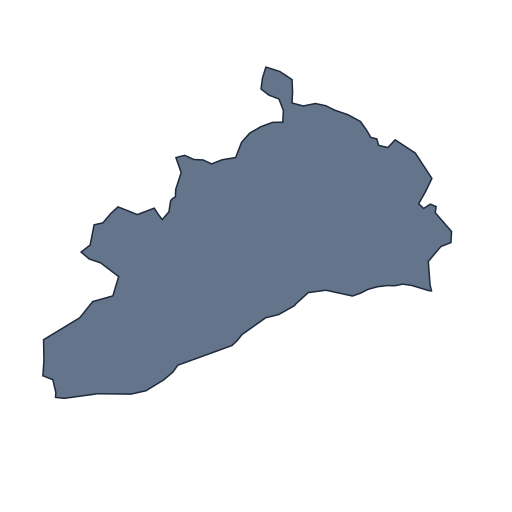 the Province of Ruse, rotated 194°
{"feature_id": "BGR-2262", "entity_name": "Ruse", "entity_type": "Province", "adm_level": 1, "iso_a3": "BGR", "parent_name": "Bulgaria", "parent_adm1": "", "projection": "natural_earth1", "projection_center": [25.944, 43.687], "detail": "fine", "context": "isolated", "style": "filled", "palette": "slate", "viewbox_px": 512, "rotation_deg": 194, "n_neighbors": 0, "source": "natural_earth", "source_scale": "10m", "svg_char_len": 1399}
<svg xmlns="http://www.w3.org/2000/svg" viewBox="0 0 512 512"><g transform="rotate(194 256 256)"><path d="M97.8,265.1L106.8,264.2L114.2,260.7L121.7,259.0L130.8,255.5L139.3,250.7L145.6,245.2L152.7,240.5L177.3,239.8L179.9,239.7L196.5,233.1L205.8,219.1L206.6,217.2L219.8,204.7L231.7,198.4L250.5,176.5L253.8,169.3L257.6,163.4L305.5,131.1L308.5,123.3L315.5,113.6L330.2,98.6L344.0,91.7L376.1,84.1L407.6,71.5L416.3,70.3L417.2,75.1L423.2,86.8L433.8,88.2L436.5,103.4L441.9,123.4L412.1,153.4L403.4,172.3L385.2,182.7L384.3,202.8L405.0,211.7L417.0,212.7L426.7,217.5L419.6,226.5L420.6,247.1L412.6,251.1L407.1,262.2L401.8,270.3L381.2,267.5L366.3,277.8L360.9,272.7L355.8,268.7L351.2,277.8L352.2,289.3L350.6,291.9L348.4,293.9L349.3,297.5L350.0,301.4L348.8,318.9L357.5,332.1L349.6,336.4L339.5,334.6L330.6,336.4L321.5,334.6L312.1,341.2L299.6,346.6L297.5,362.8L291.8,373.8L282.5,382.7L272.2,389.7L262.4,392.3L264.6,403.7L271.7,413.9L282.4,415.2L291.5,419.2L292.8,430.3L292.1,441.7L277.6,440.8L263.7,435.9L260.2,424.1L258.1,413.2L246.5,413.0L235.3,418.3L224.8,418.7L214.5,416.5L200.7,415.3L187.1,411.7L179.2,404.9L173.2,398.8L167.1,398.9L163.9,393.1L154.3,393.1L149.1,402.4L126.3,394.4L104.1,373.8L106.9,360.2L110.8,346.0L104.8,342.7L99.4,348.5L93.2,347.5L92.5,341.3L72.2,327.1L70.1,316.2L78.9,309.9L87.5,292.5L80.2,270.3L77.3,264.6L79.8,264.2L97.8,265.1Z" fill="#64748b" stroke="#1e293b" stroke-width="1.5"/></g></svg>